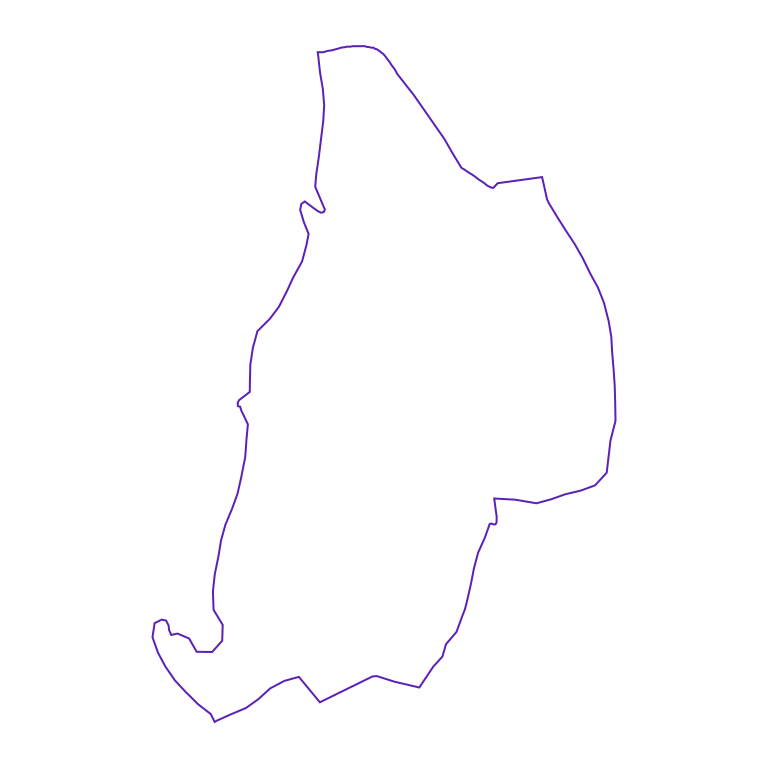 the district of Aflah Ash Sham, Hajjah, Yemen
{"feature_id": "15242507B83432581375198", "entity_name": "Aflah Ash Sham", "entity_type": "district", "adm_level": 2, "iso_a3": "YEM", "parent_name": "Yemen", "parent_adm1": "Hajjah", "projection": "robinson", "projection_center": [43.41, 16.053], "detail": "fine", "context": "isolated", "style": "outline", "palette": "violet", "viewbox_px": 768, "rotation_deg": 0, "n_neighbors": 0, "source": "geoboundaries", "source_scale": "gbopen_adm2", "svg_char_len": 2518}
<svg xmlns="http://www.w3.org/2000/svg" viewBox="0 0 768 768"><path d="M542.1,177.1L497.7,183.2L493.3,187.9L491.2,187.5L488.1,186.1L486.3,184.9L484.4,183.2L480.8,180.8L478.7,179.5L475.6,177.1L473.4,175.5L471.8,174.4L469.6,173.1L466.4,171.0L464.2,169.4L462.3,168.4L461.2,167.5L452.3,152.8L444.4,139.0L413.9,95.2L398.0,74.9L397.0,73.6L395.8,71.2L394.1,68.4L392.2,66.0L391.0,64.3L390.0,62.6L388.8,60.9L387.4,59.2L386.5,57.8L384.9,55.8L383.3,54.0L381.7,52.8L380.5,51.7L378.9,50.7L377.0,49.3L374.8,48.7L373.6,47.7L371.4,47.7L369.2,47.1L366.3,46.8L364.8,46.1L362.9,46.1L361.4,46.2L359.5,46.2L357.9,46.2L355.4,46.2L352.9,46.2L350.7,46.6L348.8,46.7L346.9,46.7L343.9,47.4L342.0,47.4L339.5,48.2L334.5,49.6L331.4,50.4L329.1,50.7L327.0,51.1L323.3,52.2L321.4,52.2L317.7,52.2L318.3,56.5L320.0,72.4L322.8,88.8L324.1,104.0L324.2,105.3L323.2,121.5L320.9,140.1L319.9,148.2L318.9,156.4L316.3,174.0L315.2,186.7L323.6,206.6L324.9,209.6L323.8,212.1L320.9,212.7L317.8,211.1L313.1,207.7L304.8,201.5L301.3,204.0L300.2,209.9L303.8,222.0L306.8,229.5L308.6,233.8L306.6,244.4L302.1,261.4L292.9,278.0L288.1,288.6L286.2,292.6L283.3,298.2L278.9,306.8L269.7,319.0L257.4,331.2L252.9,347.8L250.3,364.8L249.9,382.7L249.8,391.9L239.1,400.1L237.7,402.8L237.9,406.1L240.1,406.7L241.2,410.3L247.9,424.3L246.5,439.2L246.1,444.9L245.2,457.2L242.7,469.8L241.1,477.9L237.5,493.8L232.1,508.7L225.4,524.7L221.0,540.6L219.0,553.1L218.0,558.5L216.1,567.8L214.8,574.1L212.9,591.6L213.6,609.9L222.7,624.9L222.2,640.8L212.1,652.0L196.7,651.8L189.1,638.5L177.6,633.6L171.2,634.9L169.1,630.1L168.6,625.5L166.1,620.6L161.7,619.6L154.6,623.2L152.5,637.3L158.0,652.7L165.3,666.4L174.9,680.4L186.0,692.3L187.8,694.0L198.0,704.2L210.7,714.0L214.7,721.9L216.7,720.7L230.7,714.4L245.9,708.0L258.3,699.2L270.3,688.3L284.4,680.9L295.1,677.9L298.9,676.9L319.9,702.3L325.3,699.6L372.6,676.4L376.8,676.1L394.8,681.8L419.3,687.5L433.3,666.6L442.4,656.6L446.0,644.2L456.5,631.9L462.3,616.0L464.9,609.4L466.8,602.0L467.1,600.8L470.9,584.1L473.9,568.6L478.1,552.7L482.4,543.1L484.8,537.8L489.7,524.0L491.6,523.6L494.2,524.6L495.6,524.1L496.5,522.7L496.7,517.1L494.2,498.5L515.3,499.7L536.5,503.3L548.1,500.1L550.8,499.4L565.1,494.3L580.4,490.7L595.1,485.3L606.7,472.7L610.5,440.4L615.5,420.9L615.4,414.2L615.2,402.8L614.7,385.4L613.6,369.3L612.2,353.1L611.3,336.9L608.6,320.8L606.8,313.9L604.0,302.9L597.9,287.5L590.2,273.5L588.6,270.2L582.5,257.7L574.5,243.7L565.9,230.7L563.0,226.1L557.3,217.1L549.0,203.4L547.1,199.5L542.1,177.1Z" fill="none" stroke="#5b21b6" stroke-width="2"/></svg>